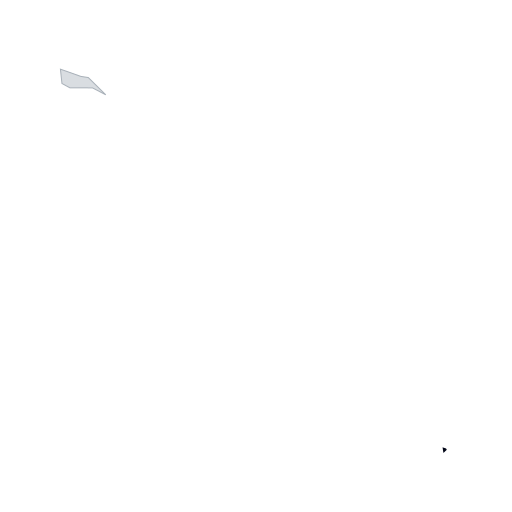 location of Rose Atoll within American Samoa, rotated 40°
{"feature_id": "ASM-5000", "entity_name": "Rose Atoll", "entity_type": "state/province", "adm_level": 1, "iso_a3": "ASM", "parent_name": "American Samoa", "parent_adm1": "", "projection": "mercator", "projection_center": [-168.164, -14.526], "detail": "fine", "context": "in_parent", "style": "filled", "palette": "ink", "viewbox_px": 512, "rotation_deg": 40, "n_neighbors": 0, "source": "natural_earth", "source_scale": "10m", "svg_char_len": 378}
<svg xmlns="http://www.w3.org/2000/svg" viewBox="0 0 512 512"><g transform="rotate(40 256 256)"><path d="M5.3,246.8L-3.5,248.6L-13.9,238.6L6.4,231.0L12.8,227.1L37.3,229.1L22.7,232.3L5.3,246.8Z" fill="#d9dde1" stroke="#a8b0b8" stroke-width="1"/><path d="M525.6,284.9L523.3,282.9L525.3,282.1L525.9,282.3L525.6,284.9Z" fill="#0f172a" stroke="#020617" stroke-width="1.5"/></g></svg>